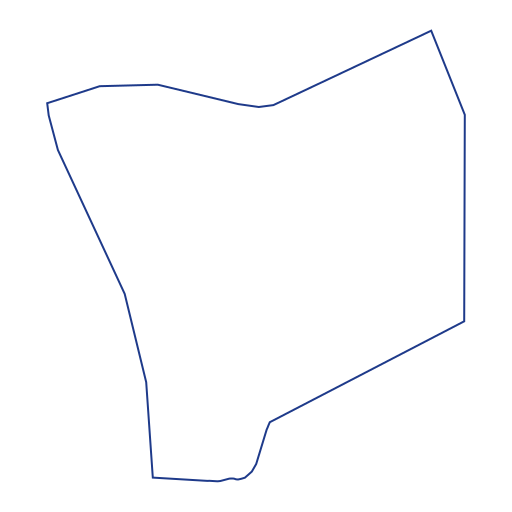 SVG path tracing the border of Saint Paul
{"feature_id": "DMA-1440", "entity_name": "Saint Paul", "entity_type": "Parish", "adm_level": 1, "iso_a3": "DMA", "parent_name": "Dominica", "parent_adm1": "", "projection": "mercator", "projection_center": [-61.378, 15.359], "detail": "fine", "context": "isolated", "style": "outline", "palette": "blue", "viewbox_px": 512, "rotation_deg": 0, "n_neighbors": 0, "source": "natural_earth", "source_scale": "10m", "svg_char_len": 504}
<svg xmlns="http://www.w3.org/2000/svg" viewBox="0 0 512 512"><path d="M152.8,477.6L146.2,382.2L124.7,293.9L57.9,150.0L48.7,115.4L47.2,103.2L99.7,86.2L157.8,84.7L238.3,104.1L258.8,107.0L273.4,105.1L431.2,30.7L464.8,114.8L464.2,321.3L269.8,422.2L268.3,425.7L267.6,427.5L266.7,429.5L256.2,464.0L251.8,471.6L244.9,477.7L241.2,478.8L238.0,479.5L236.0,479.3L233.9,478.6L231.9,478.5L229.4,478.6L220.4,481.0L217.6,481.3L209.2,480.8L207.7,480.9L152.8,477.6Z" fill="none" stroke="#1e3a8a" stroke-width="2"/></svg>